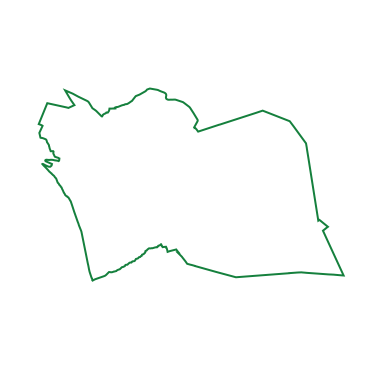 the district of Laarbeek, Noord-Brabant, Netherlands, rotated 186°
{"feature_id": "6326949B42737315583657", "entity_name": "Laarbeek", "entity_type": "district", "adm_level": 2, "iso_a3": "NLD", "parent_name": "Netherlands", "parent_adm1": "Noord-Brabant", "projection": "robinson", "projection_center": [5.634, 51.532], "detail": "fine", "context": "isolated", "style": "outline", "palette": "green", "viewbox_px": 384, "rotation_deg": 186, "n_neighbors": 0, "source": "geoboundaries", "source_scale": "gbopen_adm2", "svg_char_len": 5820}
<svg xmlns="http://www.w3.org/2000/svg" viewBox="0 0 384 384"><g transform="rotate(186 192 192)"><path d="M345.2,265.2L351.5,243.5L349.2,242.9L347.8,242.4L347.5,242.2L349.2,237.2L350.0,234.8L349.5,233.4L349.3,232.8L348.5,230.5L348.4,230.2L348.1,230.1L346.2,230.0L344.2,229.5L343.3,229.2L343.0,229.1L342.6,228.9L342.3,228.6L342.0,227.9L341.8,227.6L341.4,226.4L340.8,225.7L339.5,224.1L339.3,223.8L339.1,223.4L339.0,222.7L338.7,222.2L338.1,220.4L337.3,218.9L336.8,217.8L334.5,218.1L334.3,218.1L334.2,218.0L334.1,217.9L333.9,217.6L334.0,216.9L333.9,215.7L332.9,214.1L332.2,212.9L331.9,212.7L328.3,211.9L327.9,211.6L327.6,211.3L327.4,211.3L327.4,209.8L327.5,209.7L327.6,209.1L327.9,208.8L328.2,208.9L328.8,209.0L329.2,209.1L330.6,209.1L330.9,209.2L331.4,209.1L333.8,209.4L335.7,209.3L336.2,209.2L336.6,209.1L337.1,209.0L337.9,208.9L340.1,208.9L340.7,208.7L341.2,208.2L341.2,207.9L340.8,207.3L334.2,205.2L334.3,204.7L334.4,203.7L334.6,203.4L335.4,202.5L335.6,202.3L336.5,202.2L337.2,202.2L337.6,202.3L339.2,202.8L340.7,203.3L342.8,204.2L343.4,204.3L343.7,204.1L343.3,203.7L343.1,203.5L343.0,203.4L342.6,203.2L342.4,203.0L342.2,202.7L341.5,202.2L339.1,200.2L338.2,199.4L337.3,198.6L336.2,197.5L335.3,196.9L334.4,196.2L333.8,195.8L333.7,195.8L333.4,195.4L333.1,195.2L332.3,194.6L332.0,194.3L331.4,194.0L330.8,193.5L330.5,193.2L329.9,192.4L329.7,192.2L329.2,191.8L328.8,191.5L328.4,191.0L328.1,190.4L327.6,189.4L326.6,187.4L326.5,187.2L325.9,186.8L325.4,186.3L325.2,186.1L324.8,185.3L324.6,185.2L323.7,184.5L323.5,184.3L323.4,184.1L323.3,183.8L323.1,183.6L322.5,183.1L322.2,182.9L321.7,181.8L321.4,181.3L321.0,180.8L320.8,180.4L320.3,179.6L319.7,178.5L319.5,178.1L319.3,178.0L319.1,177.6L318.6,177.1L318.4,176.8L318.2,176.5L318.1,176.1L317.1,175.2L316.8,175.0L316.4,174.8L315.6,174.5L315.5,174.2L315.3,174.0L314.7,173.8L314.4,173.7L314.1,173.3L313.1,172.0L312.3,170.8L312.0,170.4L311.7,170.2L309.9,166.3L307.8,161.6L307.1,160.0L303.4,152.2L302.6,150.5L301.6,148.6L301.0,147.1L298.2,141.8L297.8,140.9L293.6,127.5L290.9,118.9L288.2,110.2L287.5,108.2L286.8,105.9L286.4,104.5L285.5,101.9L284.7,100.1L282.8,95.9L282.4,95.6L282.0,94.5L282.0,94.4L282.0,93.9L281.6,93.5L279.7,94.8L278.8,95.3L270.9,99.0L269.8,99.6L269.4,99.9L268.7,100.6L266.2,103.7L265.4,103.8L264.5,103.7L263.5,103.8L263.1,103.9L262.5,104.1L262.3,104.2L261.7,104.6L260.8,104.8L260.4,105.0L259.8,105.2L259.5,105.3L259.0,105.5L258.8,105.8L258.2,106.4L257.6,106.8L255.8,107.6L254.9,108.6L254.0,109.7L253.8,109.9L252.6,110.3L252.1,110.7L251.4,111.0L251.1,111.3L250.9,111.6L250.7,112.2L250.6,112.4L250.4,112.5L250.1,112.7L248.8,112.9L248.6,113.0L247.8,114.0L247.2,114.6L246.8,115.1L245.6,115.5L244.9,115.5L244.6,115.8L244.4,116.4L244.3,116.5L243.6,116.9L242.5,117.1L242.1,117.3L241.7,117.6L241.5,117.9L241.1,118.8L240.8,119.5L240.1,119.8L239.3,120.1L239.0,120.2L238.3,121.0L238.2,121.2L238.0,121.5L237.9,121.6L237.0,121.9L236.7,122.0L236.2,122.8L236.0,123.0L235.6,123.1L235.4,123.2L235.3,123.4L235.3,123.5L235.2,124.2L235.1,124.4L235.0,124.5L234.9,124.6L233.9,125.0L233.7,125.1L233.3,125.6L233.1,125.8L232.8,126.3L232.5,126.5L232.4,126.6L232.3,127.0L232.2,127.2L232.2,127.3L232.0,127.7L232.0,127.9L232.2,128.1L232.2,128.3L231.6,128.8L231.0,129.1L230.4,130.0L229.1,131.3L228.7,131.5L227.8,131.5L226.8,131.7L226.3,131.9L225.8,131.9L225.6,131.9L224.6,132.3L223.9,132.6L222.7,133.1L221.8,133.3L221.1,133.3L220.9,133.5L220.9,133.8L220.5,134.0L220.1,134.3L219.9,134.6L219.9,135.0L219.7,135.1L218.3,135.7L218.2,135.9L217.8,136.3L217.7,136.4L217.5,136.7L217.4,136.8L217.2,136.8L216.2,134.9L215.9,134.9L215.5,134.3L215.4,134.1L212.9,134.7L212.2,134.8L211.9,134.0L211.7,134.1L211.0,132.8L210.7,132.0L210.0,129.9L207.9,130.9L203.0,132.7L201.7,133.2L200.3,131.7L199.0,130.4L199.9,130.3L195.2,126.5L195.0,126.2L191.3,122.4L189.3,120.1L185.8,119.5L184.8,119.4L181.3,118.8L181.3,118.7L158.9,114.9L139.4,111.8L86.8,121.4L86.8,121.5L85.0,121.8L78.9,122.9L75.0,123.5L69.1,123.6L57.4,124.0L47.9,124.3L42.7,124.6L36.3,124.7L32.5,124.8L41.9,140.6L53.2,159.6L57.7,167.2L54.5,170.4L53.2,171.6L62.4,177.6L63.4,176.7L80.0,238.7L82.2,246.8L82.5,248.1L83.7,252.3L98.0,268.1L102.2,272.6L130.2,280.3L136.8,277.3L171.5,261.9L171.9,261.8L190.2,253.6L192.2,252.7L193.5,254.1L194.1,254.8L194.4,255.0L194.9,255.5L195.5,256.0L195.9,255.9L195.9,256.0L196.6,256.5L193.9,262.9L193.8,263.4L193.8,263.8L193.9,264.0L194.1,264.6L194.3,264.8L198.8,270.7L202.6,275.4L203.0,275.8L203.5,276.3L209.4,279.9L209.8,280.1L210.3,280.4L210.7,280.5L211.1,280.6L217.5,282.0L218.0,282.1L218.7,282.1L225.1,281.3L225.5,281.3L226.2,281.5L226.7,281.7L227.1,281.9L227.4,282.2L227.6,282.6L227.8,283.1L227.8,283.6L227.7,285.1L227.7,285.5L227.8,286.0L228.0,286.5L228.2,286.8L228.6,287.2L228.9,287.4L229.2,287.6L230.1,288.0L232.9,288.7L234.0,289.0L235.2,289.4L236.6,289.9L236.8,289.9L237.4,290.0L244.7,290.5L244.9,290.4L247.2,289.3L247.5,289.1L248.1,288.1L248.7,287.5L249.0,287.2L249.7,286.7L253.9,283.7L254.3,283.4L256.4,282.3L257.2,281.9L257.7,281.6L257.9,281.5L258.1,281.3L260.6,277.3L261.1,276.4L261.3,276.3L264.2,273.8L265.4,272.9L265.6,272.8L266.2,272.6L267.4,272.3L267.6,272.3L268.6,271.6L268.8,271.5L269.1,271.5L270.9,270.8L273.9,269.2L275.0,268.7L275.5,268.7L276.2,268.5L276.9,268.2L277.3,268.0L277.5,267.8L277.0,267.3L276.9,267.1L277.2,267.0L282.8,266.3L282.9,264.5L283.1,263.9L283.3,263.6L283.4,263.3L284.0,262.2L284.3,262.1L285.1,262.2L285.4,262.1L285.6,262.0L285.7,261.8L285.7,261.6L285.9,261.4L286.3,261.1L287.4,260.5L288.3,259.8L288.6,259.5L288.6,259.3L289.1,258.3L289.2,257.9L289.5,257.9L289.8,257.8L295.6,262.5L296.5,263.1L299.0,264.5L299.8,264.9L300.3,265.6L304.0,270.4L304.8,271.1L305.8,271.6L315.0,274.9L320.8,277.3L321.4,277.5L328.8,279.8L327.4,277.9L325.7,275.6L324.6,274.1L323.1,272.1L321.5,270.1L318.0,266.1L323.7,262.7L324.2,262.8L326.4,263.1L345.2,265.2Z" fill="none" stroke="#15803d" stroke-width="2"/></g></svg>